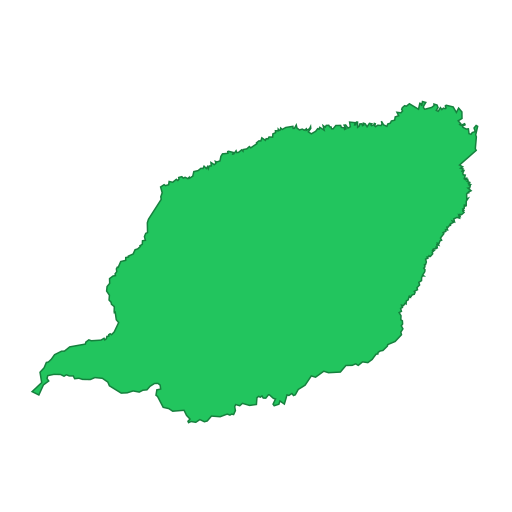 outline of Atalaia do Norte, Amazonas, Brazil, rotated 7°
{"feature_id": "56859067B65485881106504", "entity_name": "Atalaia do Norte", "entity_type": "district", "adm_level": 2, "iso_a3": "BRA", "parent_name": "Brazil", "parent_adm1": "Amazonas", "projection": "mercator", "projection_center": [-71.422, -5.671], "detail": "fine", "context": "isolated", "style": "filled", "palette": "green", "viewbox_px": 512, "rotation_deg": 7, "n_neighbors": 0, "source": "geoboundaries", "source_scale": "gbopen_adm2", "svg_char_len": 6101}
<svg xmlns="http://www.w3.org/2000/svg" viewBox="0 0 512 512"><g transform="rotate(7 256 256)"><path d="M57.4,420.4L60.7,409.9L65.5,405.3L63.5,403.1L63.9,400.1L69.8,398.1L76.5,397.4L80.1,398.7L82.3,397.0L85.3,397.8L89.2,397.3L91.0,399.9L95.1,398.9L98.9,399.6L106.6,398.8L110.9,396.3L118.4,396.1L124.3,399.2L126.3,402.7L138.9,408.5L144.8,407.5L150.5,404.9L156.7,405.3L160.1,403.0L164.1,402.1L166.6,398.3L170.8,394.9L174.2,394.4L176.6,395.8L177.6,399.7L173.9,400.9L173.7,406.4L175.4,407.4L182.3,417.5L188.1,418.1L192.2,420.2L203.4,417.9L206.5,422.7L210.4,425.9L208.6,428.3L209.4,429.6L211.7,428.2L216.5,428.4L220.2,425.2L225.0,426.8L227.7,425.7L231.3,420.3L240.0,419.9L246.7,416.4L249.5,417.1L251.1,415.9L253.1,416.1L254.4,412.0L253.2,408.1L254.0,405.9L258.1,406.6L260.5,403.9L267.8,405.1L274.5,403.3L274.2,396.5L275.7,395.0L277.5,395.6L279.0,394.2L280.5,396.1L283.0,395.9L285.3,392.2L286.3,392.2L290.6,395.2L292.8,395.5L291.0,401.0L292.3,402.4L296.8,400.3L297.4,397.0L302.2,399.5L303.7,390.1L305.6,390.4L308.4,388.1L310.2,389.9L311.9,389.0L314.2,383.3L320.5,378.2L325.5,368.3L329.9,369.0L337.3,362.1L342.2,363.0L353.9,360.9L358.6,353.7L364.8,352.8L368.1,350.9L370.8,352.1L374.7,348.1L380.0,348.2L383.9,344.5L387.1,338.8L388.9,338.4L388.9,336.8L390.9,335.1L393.5,334.3L397.4,329.4L397.5,327.9L404.5,323.9L410.0,316.4L409.0,313.9L410.7,310.4L408.7,307.6L409.8,305.6L409.2,302.5L407.5,301.6L407.2,297.6L404.9,294.7L407.1,293.2L405.9,290.4L407.6,289.2L406.5,287.1L408.4,287.3L409.7,284.8L410.8,285.3L410.7,282.2L412.4,281.0L412.8,278.0L414.0,278.2L413.5,277.2L414.7,277.5L415.8,275.5L417.8,274.7L418.3,272.7L417.4,271.8L420.4,269.8L419.6,267.8L421.9,264.8L420.8,262.3L423.3,260.3L423.0,257.1L423.7,255.4L424.9,255.3L423.7,254.6L425.4,251.0L425.4,249.0L424.0,247.7L425.0,246.2L424.3,244.0L425.3,243.9L425.8,241.2L424.7,238.4L426.8,237.3L425.9,236.2L427.7,235.6L427.7,234.7L429.1,235.2L431.1,232.3L430.4,230.9L432.2,228.8L430.6,228.9L431.1,227.5L433.9,226.6L433.6,225.4L434.9,225.7L434.1,222.7L436.0,223.0L434.6,221.2L436.1,221.3L436.7,218.6L438.3,217.7L436.9,215.7L439.7,211.0L438.8,210.0L441.4,208.4L440.9,206.8L443.0,206.8L441.9,204.1L443.4,203.8L444.7,201.0L445.3,202.5L445.3,200.4L447.6,198.7L446.6,197.4L448.9,198.0L447.8,195.0L450.8,193.2L453.4,193.6L452.3,190.8L453.7,191.6L453.1,189.9L455.0,189.9L457.2,187.4L456.1,186.1L455.8,186.9L455.7,185.7L456.7,185.3L455.5,184.2L456.8,183.4L456.6,180.1L457.6,180.2L457.4,181.0L458.5,180.5L458.0,176.0L459.5,172.9L458.2,173.7L457.5,168.7L459.0,166.7L459.5,168.0L459.5,166.3L461.5,165.0L458.1,162.8L459.8,162.3L460.1,160.1L458.9,159.6L460.1,158.8L458.1,158.2L459.1,156.9L456.6,156.3L457.3,155.5L456.7,154.1L455.5,154.5L455.6,153.1L453.3,153.7L453.8,150.2L451.9,150.2L451.1,148.6L451.9,146.0L450.2,146.6L451.0,144.4L448.4,143.9L450.3,142.3L446.9,140.9L461.7,124.3L460.6,122.8L460.2,110.9L459.3,109.0L460.2,100.3L458.6,99.6L456.8,102.4L458.5,105.8L455.6,107.1L454.6,109.0L452.5,108.6L451.3,103.9L449.3,104.4L445.7,103.1L445.0,101.9L447.5,100.3L446.9,99.3L443.5,101.3L442.2,100.7L443.1,99.8L440.2,97.2L443.7,94.4L442.8,87.9L439.1,84.5L437.4,89.1L433.5,84.0L426.4,83.2L425.6,84.0L426.6,85.9L425.9,86.7L424.0,86.4L422.6,88.0L421.0,86.3L419.2,90.2L417.2,89.5L418.6,86.5L417.3,84.1L414.1,83.5L414.4,85.0L412.3,87.1L405.6,89.8L404.1,88.3L404.1,86.8L405.8,82.9L402.4,82.4L402.2,86.9L401.1,84.6L400.0,84.4L399.4,90.5L389.7,86.2L387.0,89.0L385.2,88.7L383.2,90.9L382.7,92.7L383.8,94.2L382.4,96.2L378.4,96.2L380.5,99.4L377.2,101.0L377.1,104.3L373.9,105.5L373.1,107.8L370.7,108.9L370.1,111.4L366.7,110.3L364.0,106.9L365.0,109.6L364.2,111.3L361.0,111.3L358.9,113.1L358.0,112.5L358.3,110.2L357.3,110.0L357.1,111.5L354.8,112.6L354.0,111.9L354.8,110.7L352.4,110.5L350.5,114.2L348.3,111.5L346.5,111.1L346.9,113.0L345.8,113.7L345.0,111.9L343.0,112.2L342.6,114.6L341.2,115.9L340.5,110.7L339.4,110.8L339.0,113.6L337.9,113.9L338.1,111.6L332.6,111.7L333.9,116.2L331.7,117.8L329.0,115.0L327.5,115.4L329.8,118.8L328.5,119.6L327.9,118.0L325.1,118.0L324.1,116.1L319.4,116.7L317.0,120.4L315.5,120.5L314.8,118.8L313.4,118.8L312.3,117.4L309.8,117.8L309.0,119.7L306.7,118.4L308.3,122.8L303.6,120.5L303.1,122.5L301.7,122.1L300.0,125.0L296.0,128.0L292.8,126.4L294.8,122.7L294.4,120.9L293.6,123.2L290.6,125.1L290.4,123.7L288.6,125.3L286.5,124.4L283.7,125.6L281.0,123.9L280.0,121.1L278.6,124.6L277.3,124.8L276.8,122.8L269.9,124.8L266.6,127.2L264.9,126.0L264.7,128.0L263.7,128.5L262.6,127.4L262.7,129.1L260.0,129.3L260.4,131.2L257.9,132.7L258.0,136.0L254.4,136.3L253.6,138.3L251.8,138.3L251.2,140.1L247.4,138.0L246.8,141.2L244.8,141.4L242.7,143.6L243.2,144.4L237.6,149.3L236.1,148.2L233.8,150.8L230.3,151.9L230.3,153.6L228.8,152.4L226.0,155.3L224.2,155.7L223.4,154.0L221.5,157.4L220.5,157.7L220.8,156.0L216.0,155.4L215.2,155.8L215.6,157.5L210.3,158.7L209.0,161.4L208.7,166.0L205.7,167.4L204.1,167.0L204.9,168.9L203.4,170.4L199.9,168.7L200.6,172.0L198.5,172.4L198.0,175.1L197.0,173.2L196.1,175.2L193.5,173.2L192.8,175.6L190.6,175.7L188.1,178.3L184.0,179.8L183.5,184.5L181.4,186.2L180.3,186.9L180.1,186.0L178.9,187.5L176.0,186.5L174.4,187.6L172.7,186.3L169.7,187.5L170.2,189.1L169.2,190.6L167.6,189.6L164.3,193.0L160.7,192.6L160.6,195.9L157.5,197.2L156.1,196.4L152.9,199.1L155.2,204.7L154.3,208.8L155.0,211.4L144.8,232.6L144.1,236.3L145.5,246.0L143.8,247.0L142.9,250.4L144.3,253.9L141.5,254.7L141.7,258.3L139.6,259.9L140.1,260.6L137.7,263.4L135.2,264.5L133.8,269.0L129.3,271.7L129.5,272.6L126.9,273.4L127.2,276.2L122.4,278.0L120.6,284.1L119.7,284.0L119.0,285.8L119.7,288.5L118.3,290.9L118.9,292.6L116.5,293.3L113.4,296.3L114.1,301.0L111.9,304.5L112.0,309.0L115.3,312.8L115.5,317.6L117.9,319.7L118.4,321.5L121.5,323.5L122.0,328.5L122.3,329.5L123.1,328.9L125.1,336.3L127.8,338.8L124.5,348.7L122.2,351.7L120.7,351.0L119.4,352.1L119.6,353.5L117.8,354.0L117.6,356.2L116.2,357.7L115.2,356.2L112.4,358.4L102.9,360.2L100.3,359.6L97.6,362.2L97.4,364.2L82.2,368.9L77.4,373.8L74.6,374.2L68.1,378.5L65.4,383.5L62.8,386.6L60.9,387.2L59.3,392.8L55.8,397.7L58.7,407.8L50.3,417.9L57.4,420.4ZM453.6,154.0L454.6,153.4L455.0,153.6L454.4,154.6L453.6,154.0Z" fill="#22c55e" stroke="#15803d" stroke-width="1.5"/></g></svg>